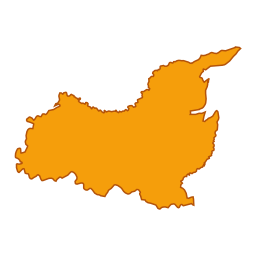 La Tebaida, Quindío, Colombia
{"feature_id": "7082276B51797720548410", "entity_name": "La Tebaida", "entity_type": "district", "adm_level": 2, "iso_a3": "COL", "parent_name": "Colombia", "parent_adm1": "Quindío", "projection": "robinson", "projection_center": [-75.811, 4.441], "detail": "fine", "context": "isolated", "style": "filled", "palette": "amber", "viewbox_px": 256, "rotation_deg": 0, "n_neighbors": 0, "source": "geoboundaries", "source_scale": "gbopen_adm2", "svg_char_len": 5812}
<svg xmlns="http://www.w3.org/2000/svg" viewBox="0 0 256 256"><path d="M193.8,205.2L193.5,199.1L193.1,196.9L191.2,197.2L188.7,198.3L187.1,198.0L186.2,193.3L184.5,190.0L182.6,188.2L180.6,187.4L180.9,184.6L182.4,183.2L181.9,182.5L180.8,181.6L180.8,181.3L181.2,180.7L182.0,180.5L182.9,179.7L183.3,178.1L184.4,176.8L185.4,176.4L186.6,176.5L186.8,175.2L187.7,174.2L188.0,174.1L189.3,175.1L189.5,174.9L189.3,173.5L189.7,173.1L190.6,173.1L192.0,173.6L193.4,172.5L195.2,172.2L196.4,171.2L196.6,169.8L197.3,168.7L198.0,168.6L198.9,169.0L199.3,168.9L200.9,167.5L202.5,167.1L202.8,166.1L204.2,165.9L204.4,165.3L203.7,164.9L203.7,164.5L204.8,164.3L205.0,163.9L204.4,163.4L204.4,162.6L205.2,162.2L207.0,159.3L209.3,158.4L209.3,157.7L208.6,157.0L208.8,156.7L210.9,155.9L211.6,155.3L211.4,153.8L212.1,153.0L211.9,151.4L212.4,150.8L213.6,150.5L214.0,149.8L214.0,148.7L213.3,147.2L214.1,146.1L214.1,145.3L213.9,144.4L212.9,143.4L212.9,142.8L213.1,142.2L214.1,141.5L213.5,140.5L214.2,139.4L213.9,137.8L215.8,135.9L215.9,135.1L215.1,133.6L215.1,132.4L215.5,131.3L217.1,130.0L217.3,129.5L217.7,124.7L217.0,122.0L218.5,119.3L218.8,117.7L217.9,111.9L216.8,110.6L216.3,110.8L215.5,111.6L212.7,116.2L210.2,117.7L208.4,118.3L207.2,119.6L206.0,120.2L204.8,121.5L203.0,121.0L204.0,116.0L205.2,112.0L201.9,113.4L199.1,113.3L195.7,114.4L190.3,114.4L190.6,113.9L190.4,111.0L199.2,109.5L199.2,109.3L202.2,108.1L203.3,107.2L204.5,105.5L205.4,103.8L205.7,102.7L206.1,98.9L205.6,93.5L205.6,90.3L207.2,86.6L207.6,84.7L207.8,81.5L208.4,81.8L208.6,79.7L209.3,78.5L207.3,79.7L204.2,82.2L202.9,80.4L202.2,78.3L201.5,77.8L200.0,77.4L199.6,76.7L201.4,73.2L202.3,72.2L203.3,71.4L203.1,70.0L203.4,69.1L205.7,69.8L210.4,66.2L222.4,65.2L224.6,64.7L226.2,63.7L229.7,60.9L233.4,56.4L236.0,53.9L237.9,51.1L240.6,48.5L239.4,47.5L235.5,47.0L235.5,47.4L225.6,50.8L221.8,50.4L220.7,50.9L218.5,52.6L216.7,53.5L214.5,53.3L211.8,52.5L210.5,52.9L208.6,54.1L206.9,54.6L205.4,55.3L203.1,55.6L201.2,55.3L200.2,57.7L198.6,59.6L194.3,61.6L191.9,63.3L191.5,63.0L190.4,63.3L188.5,62.2L183.7,60.7L182.9,60.6L182.1,60.8L179.8,60.4L178.3,60.4L176.6,60.9L175.6,61.6L173.7,61.7L172.9,62.9L172.3,63.0L170.8,62.4L169.7,62.6L169.2,63.2L168.4,65.1L166.7,66.2L164.7,66.2L163.5,65.5L160.5,66.1L160.2,66.5L160.1,68.6L159.4,69.6L158.3,69.5L157.5,70.7L156.5,70.3L154.9,70.5L152.9,72.2L152.7,73.5L153.4,74.1L153.8,75.0L153.5,76.2L153.1,76.5L152.2,76.3L151.5,76.5L150.7,77.1L149.8,78.2L148.8,78.7L149.0,81.4L148.2,83.2L147.9,84.3L148.5,85.8L148.4,87.3L149.7,88.7L149.3,89.9L148.7,90.2L148.1,89.6L146.6,89.6L143.6,91.6L141.8,91.6L141.4,91.8L141.1,92.6L142.3,93.8L142.0,95.8L142.5,96.9L142.3,97.6L137.6,99.7L137.5,100.1L137.9,101.9L137.8,102.5L135.6,103.0L135.1,103.5L135.1,104.1L135.8,106.2L135.6,106.6L133.6,107.2L131.9,105.6L129.9,105.7L128.0,106.5L127.8,107.3L128.9,108.7L128.2,110.3L127.5,110.7L125.9,109.6L125.3,109.9L124.2,111.1L122.8,111.1L121.2,112.0L119.5,111.3L118.8,112.4L118.4,112.6L116.8,111.6L116.2,110.4L115.7,110.4L115.6,111.3L114.3,111.1L111.6,111.7L108.8,111.0L106.4,111.9L104.6,110.5L104.2,110.8L104.4,112.4L103.9,112.8L103.4,112.8L102.0,111.9L100.5,110.2L99.9,110.2L99.1,110.9L98.6,110.9L96.6,108.3L95.8,108.0L94.8,108.3L93.2,107.0L92.5,107.3L91.9,108.6L91.5,108.7L90.3,107.0L87.8,106.0L87.6,105.3L88.0,104.2L88.0,103.6L87.3,102.8L86.5,102.5L85.7,102.6L85.4,103.7L85.0,104.1L82.9,103.1L81.9,103.5L80.6,102.8L79.2,101.9L78.6,101.1L78.9,100.4L80.2,99.3L80.4,98.6L80.1,98.1L79.2,98.2L78.5,99.2L78.0,99.4L77.1,98.3L76.1,98.0L75.4,97.2L74.1,96.7L73.9,95.6L72.7,95.2L71.4,94.4L70.8,94.6L69.7,95.9L68.0,96.2L67.2,95.6L66.5,92.8L65.9,92.3L63.8,92.8L63.0,94.0L62.7,94.1L61.3,93.0L59.9,92.9L59.0,95.2L58.9,96.4L59.5,99.1L59.5,100.3L57.7,103.2L55.8,103.7L54.7,105.9L57.4,104.6L58.8,104.3L59.8,104.9L60.0,105.3L59.8,106.2L56.5,107.7L53.7,109.5L48.8,110.6L47.1,113.3L46.1,114.3L45.5,114.5L44.0,113.9L42.5,114.1L41.1,116.6L40.0,116.6L38.0,115.8L37.1,116.0L36.1,117.0L35.1,118.8L33.8,120.2L33.6,120.1L32.0,118.1L30.0,117.1L29.3,117.1L26.7,119.2L26.6,120.3L27.2,121.4L30.0,122.2L33.2,123.5L33.6,123.7L33.7,124.2L32.8,128.6L30.1,128.4L29.2,128.6L27.9,129.7L26.9,131.7L26.1,135.6L26.5,138.9L25.5,140.8L25.3,141.9L25.9,144.4L27.6,145.8L27.5,146.8L25.0,152.0L21.8,153.0L20.9,152.9L20.6,148.9L20.0,148.3L19.3,148.3L17.9,148.7L17.4,149.2L16.4,151.1L15.6,153.5L15.4,156.2L15.6,157.5L18.4,158.8L19.9,160.4L20.2,161.7L20.7,162.0L21.6,162.0L22.1,162.8L21.9,163.4L21.5,163.6L19.2,164.2L17.1,163.8L16.5,164.3L16.5,167.7L17.6,171.3L18.5,172.3L19.1,172.4L22.4,169.2L23.2,168.7L24.1,168.9L25.2,173.1L26.1,173.5L28.3,173.9L28.6,174.3L29.5,177.6L30.4,178.6L31.0,178.8L31.8,178.9L34.0,177.4L36.1,176.3L37.5,174.9L38.3,174.8L39.7,176.0L40.8,179.0L41.8,180.5L42.8,180.6L48.8,178.4L51.2,178.2L52.8,178.7L54.4,180.6L56.0,181.2L56.9,179.5L59.4,177.3L59.9,177.1L60.8,177.2L62.1,178.1L67.8,175.1L70.6,172.1L71.9,171.6L73.7,172.4L74.7,173.3L75.6,174.3L76.9,176.9L77.0,177.8L76.8,179.2L75.1,181.3L75.3,183.2L75.6,183.7L77.0,184.1L81.0,183.0L82.7,183.1L83.4,183.8L83.7,184.6L83.7,187.9L84.0,188.7L85.4,189.8L87.0,190.1L87.8,189.8L89.8,188.4L91.0,188.5L92.4,189.9L94.7,193.1L97.2,194.6L99.5,194.9L100.6,195.7L104.9,196.5L106.1,194.3L107.6,192.3L108.5,190.3L111.3,188.3L114.3,184.9L115.6,184.8L117.8,185.5L120.6,187.4L121.8,188.6L123.7,191.4L125.4,192.9L127.6,193.9L128.2,194.0L129.7,193.6L131.8,191.9L134.7,191.2L136.8,189.5L138.1,189.6L138.7,189.9L140.1,191.8L140.3,192.5L139.7,193.4L139.8,194.4L140.6,195.9L141.6,199.6L145.1,200.0L146.0,201.5L148.0,202.7L150.6,203.2L155.6,204.9L156.1,205.3L157.9,208.3L159.1,208.9L159.9,209.0L161.6,207.5L162.8,207.1L165.2,206.9L168.1,207.7L170.0,205.4L171.2,204.3L173.7,203.9L174.8,204.2L177.6,207.4L178.6,207.7L179.3,207.3L180.3,205.3L181.2,204.5L182.1,204.6L183.2,205.7L183.5,205.7L191.5,203.6L192.8,204.8L193.8,205.2Z" fill="#f59e0b" stroke="#b45309" stroke-width="1.5"/></svg>